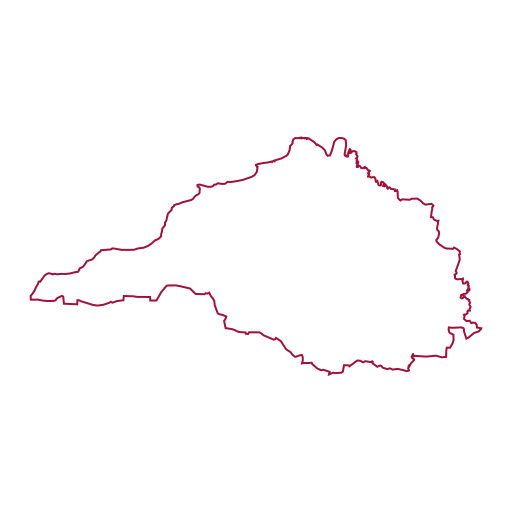 Juan De Acosta, Atlántico, Colombia (orthographic projection)
{"feature_id": "7082276B48285719364233", "entity_name": "Juan De Acosta", "entity_type": "district", "adm_level": 2, "iso_a3": "COL", "parent_name": "Colombia", "parent_adm1": "Atlántico", "projection": "orthographic", "projection_center": [-75.078, 10.827], "detail": "fine", "context": "isolated", "style": "outline", "palette": "rose", "viewbox_px": 512, "rotation_deg": 0, "n_neighbors": 0, "source": "geoboundaries", "source_scale": "gbopen_adm2", "svg_char_len": 6078}
<svg xmlns="http://www.w3.org/2000/svg" viewBox="0 0 512 512"><path d="M462.9,278.6L462.4,279.0L457.2,279.3L455.8,278.9L455.0,277.9L455.0,275.6L454.6,274.6L456.5,273.6L456.6,272.5L455.7,271.1L459.6,260.3L459.7,258.6L459.1,254.8L460.0,254.2L459.6,253.0L459.9,251.5L456.8,249.0L454.0,247.6L453.1,248.8L446.5,248.5L444.8,248.0L439.4,244.4L436.8,241.7L436.2,240.2L438.2,237.6L439.2,233.2L438.9,231.5L437.3,229.8L437.0,228.6L438.4,220.7L436.9,220.9L434.8,220.0L433.9,219.4L432.9,217.3L431.0,217.2L431.7,211.2L432.2,209.6L432.2,207.2L433.2,206.3L433.4,205.5L431.5,203.9L425.2,204.6L423.1,203.3L420.5,200.6L417.2,198.6L412.0,198.7L409.4,199.8L402.4,199.3L400.4,200.5L398.3,198.5L397.8,197.6L397.6,191.6L397.2,190.2L396.7,190.4L396.7,190.9L395.0,191.0L394.9,189.4L391.0,188.9L389.6,187.3L389.0,187.4L387.8,188.7L387.2,188.0L386.8,186.1L385.4,184.6L385.4,185.8L384.6,186.4L383.1,185.9L383.6,184.8L383.7,183.1L383.0,182.2L381.6,181.8L380.8,182.6L381.1,184.8L380.1,185.5L379.4,185.5L378.5,184.9L377.3,181.0L376.1,181.8L375.8,181.4L375.3,178.5L374.4,177.1L372.8,177.1L371.2,177.6L369.7,176.6L368.0,176.6L368.1,176.1L369.2,174.3L369.0,173.7L368.2,173.6L368.0,173.1L369.9,170.9L369.1,170.4L368.2,170.5L366.4,167.8L365.7,167.6L364.9,168.0L364.7,167.1L362.8,168.2L362.0,168.2L361.0,167.8L360.4,166.6L358.6,165.4L357.9,165.7L358.2,166.4L358.0,166.9L356.9,167.0L356.7,166.0L357.5,164.5L356.4,162.9L356.7,162.6L358.2,162.8L358.3,161.8L358.2,161.5L356.6,160.9L357.0,159.1L356.1,158.4L357.2,157.4L357.5,156.2L356.1,154.1L356.6,153.0L356.4,152.1L354.8,151.2L352.6,151.2L351.0,152.8L350.2,153.0L350.6,149.9L349.7,149.2L348.1,153.1L348.2,155.5L348.0,156.5L346.8,156.6L345.9,155.4L345.4,155.8L344.8,155.3L344.6,154.2L346.1,145.6L346.0,142.5L345.6,139.9L343.9,138.6L341.5,138.0L338.6,138.1L336.4,139.2L334.3,141.6L331.9,150.6L330.1,155.3L327.6,155.8L326.4,154.3L325.0,150.5L321.9,147.3L317.3,144.5L316.9,145.0L316.3,144.6L314.6,142.4L308.6,138.4L307.8,138.1L307.5,138.7L306.9,138.9L306.9,138.2L305.0,137.9L304.8,138.4L303.4,138.0L301.8,138.3L301.5,137.6L301.2,137.7L301.5,138.2L299.9,138.2L299.8,137.8L297.6,138.2L295.0,138.1L293.4,139.4L292.4,141.8L292.7,142.9L291.8,144.4L290.1,146.0L289.6,150.4L287.6,154.7L286.6,155.7L281.5,158.4L275.1,160.3L274.8,160.9L274.6,160.6L273.6,160.8L272.2,162.0L271.9,161.5L267.4,162.6L264.8,162.8L257.7,164.1L255.9,164.9L256.0,165.5L257.5,166.8L257.1,167.2L257.4,168.4L256.8,171.9L254.7,175.0L251.6,176.9L242.8,179.9L237.3,181.0L231.0,182.0L227.5,181.9L225.3,183.7L222.7,184.0L217.7,183.3L216.1,184.5L214.1,184.7L213.5,185.7L211.6,186.7L207.8,186.8L200.3,184.7L198.2,184.7L197.4,185.1L197.6,186.6L198.8,187.0L199.8,188.5L199.5,193.0L198.2,194.4L196.7,195.0L194.7,196.6L192.9,199.0L191.1,200.0L182.3,202.3L178.7,203.9L176.3,204.3L174.3,205.1L173.8,206.3L171.9,207.6L171.5,210.0L167.9,213.7L166.3,220.7L165.0,222.6L165.1,224.6L164.7,225.7L162.3,228.5L162.0,231.5L161.3,233.6L160.9,236.6L158.5,238.9L154.8,240.5L151.6,243.5L148.1,245.9L143.6,247.7L137.5,248.5L134.1,249.8L122.0,249.9L113.9,248.5L112.2,248.4L111.5,249.1L110.3,249.5L101.0,250.2L100.6,251.2L95.3,255.5L94.4,257.3L92.2,259.4L86.9,261.2L84.3,265.2L82.9,266.8L79.7,268.4L79.2,269.4L79.2,270.1L78.0,271.8L73.6,272.5L70.0,273.5L64.9,274.0L61.1,273.9L57.2,274.3L54.8,273.8L53.0,274.0L52.7,274.4L49.7,273.3L48.4,273.3L45.6,274.7L44.2,276.1L40.2,281.7L39.4,281.4L38.7,281.7L37.8,284.3L36.2,286.8L34.7,290.4L32.2,294.1L30.7,295.8L30.7,299.2L30.9,299.7L37.9,299.6L42.2,300.5L47.2,301.0L53.4,300.9L55.4,300.5L56.7,298.6L57.8,297.8L61.9,295.9L63.0,296.4L63.3,296.9L63.9,303.7L77.2,304.3L77.4,300.2L79.1,300.3L80.8,301.2L92.9,304.9L97.4,305.6L103.3,304.8L109.3,302.8L110.9,301.8L112.4,302.7L117.1,301.0L123.4,300.3L123.8,296.0L133.5,296.3L137.0,296.9L150.1,297.0L150.3,300.5L156.5,300.5L161.0,292.5L166.3,286.0L167.6,285.5L175.6,285.4L179.7,286.1L190.1,288.5L195.1,293.5L195.9,294.0L204.6,294.2L205.7,293.2L207.4,293.6L209.2,292.7L210.9,296.1L213.1,298.8L214.3,301.1L214.7,305.1L217.7,313.2L218.5,313.9L223.2,315.2L226.3,316.5L225.5,318.8L224.1,321.0L225.6,328.1L231.9,329.1L234.7,330.0L236.3,331.0L239.0,332.0L245.6,332.5L245.8,333.7L248.1,334.0L249.0,332.3L259.2,332.3L260.8,333.1L263.6,335.3L273.6,339.6L275.3,339.2L276.1,337.9L280.9,341.2L286.0,349.1L290.8,352.4L292.5,354.8L294.8,356.6L295.7,356.8L299.8,355.3L302.0,355.1L302.7,357.0L302.8,360.3L302.0,363.4L303.9,363.0L309.1,363.0L311.7,362.7L312.4,364.2L317.4,368.6L321.4,370.3L323.4,369.8L329.6,371.8L329.0,374.4L333.0,372.7L335.3,373.1L341.3,372.7L342.9,371.6L344.0,365.2L347.7,365.3L349.4,365.7L349.5,366.2L357.3,360.5L360.4,360.8L363.1,362.4L365.2,361.2L370.8,362.1L372.3,361.3L372.8,361.7L372.5,363.1L372.9,363.6L377.4,366.8L378.5,366.1L380.2,365.5L381.3,365.9L382.8,367.7L387.2,369.1L389.6,368.4L390.8,368.6L392.4,369.6L397.7,368.9L404.5,370.4L406.1,371.2L408.7,370.7L409.1,370.3L408.2,368.6L408.6,366.0L409.0,365.5L409.4,366.2L410.9,363.4L413.9,360.3L414.1,359.6L413.5,358.4L412.5,358.4L411.7,356.8L413.0,354.1L413.9,354.0L413.0,354.5L412.4,356.1L414.9,355.9L426.2,356.6L436.1,355.7L441.9,357.3L446.1,356.9L446.3,350.6L446.8,347.7L450.1,347.7L452.8,342.8L453.6,339.9L453.4,334.7L450.3,333.2L449.3,332.3L448.6,329.4L448.9,327.4L452.1,327.8L461.3,327.4L463.5,328.2L463.9,329.1L464.0,331.4L466.4,338.7L468.5,337.6L474.0,333.0L478.8,331.4L480.9,329.1L481.3,328.3L476.9,327.5L476.7,324.9L475.2,322.8L472.4,322.6L471.9,323.1L471.2,323.1L469.7,320.7L466.5,321.1L464.0,318.9L464.5,316.0L463.9,314.9L464.3,314.5L465.3,314.7L467.5,313.3L467.4,311.7L467.8,310.7L469.9,310.6L469.5,309.0L470.6,306.8L469.4,304.7L469.4,303.9L470.1,302.5L469.1,301.1L469.2,299.9L468.3,299.8L468.0,299.1L466.7,298.7L464.9,297.0L464.7,296.1L464.0,296.1L462.9,297.9L462.0,298.4L461.6,298.4L460.6,297.5L461.2,295.0L461.6,294.8L462.5,294.9L463.4,294.0L465.9,293.7L467.6,292.2L467.5,291.4L466.9,290.7L467.1,290.2L467.7,290.0L467.9,289.5L468.6,290.5L469.2,290.5L469.4,290.0L469.5,289.0L468.3,287.5L468.9,286.0L467.8,285.3L467.9,284.5L468.5,283.8L467.5,281.7L466.5,281.7L465.6,283.2L464.1,283.6L463.1,283.4L462.4,280.7L463.1,279.2L462.9,278.6Z" fill="none" stroke="#9f1239" stroke-width="2"/></svg>